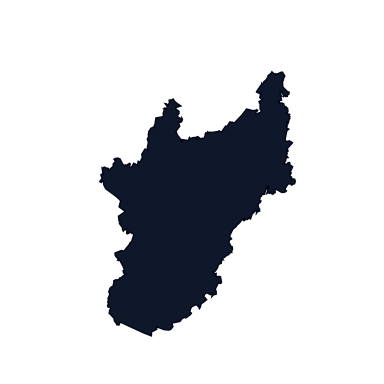 Salfit, West Bank, Palestine, rotated 310°
{"feature_id": "87354302B3498749981476", "entity_name": "Salfit", "entity_type": "district", "adm_level": 2, "iso_a3": "PSE", "parent_name": "Palestine", "parent_adm1": "West Bank", "projection": "orthographic", "projection_center": [35.128, 32.112], "detail": "fine", "context": "isolated", "style": "filled", "palette": "ink", "viewbox_px": 384, "rotation_deg": 310, "n_neighbors": 0, "source": "geoboundaries", "source_scale": "gbopen_adm2", "svg_char_len": 6105}
<svg xmlns="http://www.w3.org/2000/svg" viewBox="0 0 384 384"><g transform="rotate(310 192 192)"><path d="M53.6,198.1L52.7,199.9L50.6,200.4L50.0,201.4L51.0,203.9L50.8,204.4L48.3,205.1L45.7,206.7L45.9,207.7L45.2,213.3L43.5,215.3L42.1,220.2L43.3,221.5L46.2,220.5L53.2,246.1L55.7,253.3L58.8,250.9L64.1,253.2L65.9,251.4L68.8,259.3L71.3,262.9L73.1,264.0L76.6,263.9L78.6,260.8L85.1,265.9L88.9,265.7L91.0,266.8L91.7,268.2L97.1,269.6L98.8,269.4L98.7,267.3L102.0,265.8L103.7,265.5L108.5,267.5L108.3,271.1L107.5,272.6L109.0,272.4L112.6,270.7L113.8,271.4L118.9,272.4L119.6,268.2L120.9,267.6L123.1,267.5L124.4,268.3L125.2,272.1L127.7,272.8L124.8,274.4L127.4,274.6L129.1,276.2L131.0,274.8L132.6,272.2L139.2,270.6L140.4,272.7L141.7,272.7L142.5,271.8L145.3,268.3L144.6,266.9L142.8,265.4L143.3,264.7L142.9,262.8L144.0,263.6L145.1,262.9L144.3,262.3L143.8,259.3L146.1,260.6L147.4,260.6L151.2,260.0L151.7,259.3L153.6,259.1L153.2,258.5L156.1,260.2L159.1,258.4L160.1,259.4L160.2,257.9L163.8,259.1L166.3,259.3L166.9,260.1L171.1,260.4L171.3,261.2L172.2,260.4L174.2,259.8L175.8,258.1L175.4,256.9L177.3,252.4L179.4,251.6L181.4,252.4L181.8,251.0L181.6,250.2L182.7,249.0L189.5,247.2L193.6,247.9L197.2,247.6L197.6,247.6L197.6,248.1L200.0,248.2L204.2,248.1L204.5,248.7L203.6,248.8L203.4,250.1L204.1,250.6L205.7,250.3L206.3,251.9L208.4,252.3L209.0,254.1L215.3,251.6L216.3,251.8L215.7,252.4L218.7,252.5L219.5,253.2L217.2,255.0L219.1,254.8L220.8,256.0L221.0,255.3L222.3,254.9L222.3,253.6L223.3,252.6L223.5,251.5L226.2,250.3L227.3,251.0L229.4,250.6L228.8,249.2L232.8,247.1L233.3,247.9L234.9,247.3L234.8,246.8L235.6,246.9L235.5,247.5L236.3,247.8L236.2,248.5L236.9,248.9L242.0,246.7L242.3,247.2L244.5,246.7L242.8,246.4L244.3,245.8L246.3,247.2L238.9,250.3L240.6,251.0L241.0,252.4L242.2,252.1L241.9,254.7L242.5,255.5L244.2,255.0L244.1,255.7L245.1,256.0L246.9,254.2L247.6,254.3L248.5,256.0L249.3,260.6L250.1,262.0L252.1,263.4L253.5,263.6L253.4,261.9L254.7,261.1L260.3,260.3L260.2,260.8L261.5,262.1L261.4,264.0L263.0,264.3L264.1,265.2L265.4,264.8L266.8,264.0L267.1,263.6L266.8,262.9L267.7,262.4L267.0,261.0L265.7,260.8L266.3,260.3L266.3,258.9L267.3,258.8L267.2,256.4L270.0,255.8L269.6,255.1L270.4,255.0L270.0,254.3L270.9,253.7L272.4,254.0L276.0,252.8L275.8,249.2L277.1,248.3L277.1,247.6L276.2,246.8L274.2,246.8L272.6,243.8L275.8,243.8L277.7,242.5L279.1,242.3L280.1,243.3L280.6,240.9L282.7,240.1L283.2,238.9L285.1,239.2L285.2,237.9L285.8,238.1L286.0,237.3L286.7,237.0L294.2,237.3L294.1,235.1L293.3,233.9L293.6,233.6L291.5,232.2L291.5,230.4L292.2,229.4L299.3,225.5L300.7,225.3L302.3,225.7L301.9,222.9L303.7,222.6L303.5,221.9L304.9,221.2L305.2,221.6L306.6,221.4L306.1,219.2L306.5,219.1L307.3,220.9L307.9,220.8L310.2,219.6L311.2,219.7L311.5,218.9L312.6,218.6L312.9,217.5L314.2,216.9L312.8,214.0L315.1,213.9L317.2,211.9L317.7,209.6L316.5,209.4L317.3,208.2L317.2,207.1L318.5,205.5L317.9,203.6L316.1,202.0L316.6,200.6L317.5,200.4L317.6,200.8L318.3,200.2L319.9,201.5L321.9,198.9L323.1,199.3L323.3,197.1L323.7,197.2L324.0,196.2L325.0,196.4L325.3,195.3L327.2,196.0L327.2,196.6L325.5,197.9L325.1,200.0L324.4,200.6L324.8,200.6L325.3,202.2L326.5,203.5L327.8,202.8L329.4,203.2L330.9,202.1L330.2,200.7L330.8,194.0L334.7,190.4L336.5,190.0L336.3,189.5L340.5,188.5L341.9,184.4L341.2,183.4L335.9,180.9L336.4,180.2L335.3,179.1L335.4,176.0L334.0,176.3L329.9,175.5L329.7,176.0L326.0,176.7L322.4,176.2L320.2,176.8L319.6,176.4L319.7,176.0L319.2,176.5L318.3,176.2L310.8,176.9L310.9,177.4L310.1,177.4L311.3,181.6L308.2,183.0L307.8,184.1L308.2,185.2L307.0,186.2L304.4,185.3L304.1,186.7L303.6,186.5L303.6,187.2L299.8,190.5L299.3,191.0L299.7,191.5L297.6,193.6L292.9,191.0L294.1,189.5L296.6,189.9L296.8,188.8L296.0,188.7L293.5,186.5L290.6,180.5L282.8,180.8L273.1,180.2L271.7,179.6L271.4,178.1L271.0,178.2L270.1,176.0L264.7,176.7L264.1,175.4L257.1,176.1L256.3,174.9L256.3,173.4L255.2,173.2L250.8,169.4L248.8,166.8L247.8,166.9L248.1,165.3L246.8,165.3L246.4,165.8L246.0,164.6L244.1,165.3L243.5,166.1L240.2,166.7L239.9,165.4L237.7,164.7L237.8,163.7L238.9,163.5L238.1,163.3L238.2,160.9L236.8,160.1L236.2,161.9L235.0,161.4L235.8,159.4L233.7,157.3L232.0,157.1L232.1,155.0L229.1,156.2L225.9,151.0L223.8,152.5L223.4,151.6L224.5,150.3L224.9,150.5L226.3,143.9L228.3,140.6L234.5,140.3L236.7,136.6L238.0,138.5L239.2,138.8L241.3,138.1L242.1,136.5L241.3,136.9L240.2,133.2L241.6,131.5L244.0,131.5L244.2,130.8L245.4,130.3L245.1,126.3L245.5,125.8L246.6,125.5L250.7,128.1L250.2,123.2L250.3,120.4L251.1,117.8L249.5,117.3L247.7,115.5L245.8,117.4L243.0,117.8L243.1,115.9L242.4,114.7L241.8,117.7L240.7,118.6L239.6,119.1L238.9,117.2L237.5,116.8L237.7,117.7L233.4,119.6L231.5,121.8L225.5,116.8L220.2,120.1L217.9,120.8L217.4,121.9L216.5,120.6L214.4,119.6L210.1,120.2L209.1,121.3L208.3,121.3L206.6,123.1L203.5,124.0L203.1,125.2L201.6,127.0L197.7,129.0L196.0,131.1L194.7,128.4L188.6,129.3L186.2,132.1L184.5,132.2L184.5,132.8L181.3,132.7L180.9,131.1L177.6,133.0L176.5,128.9L172.5,129.8L171.1,128.4L170.9,127.9L171.8,127.3L173.7,126.8L173.8,125.8L171.1,124.8L170.0,125.1L169.8,123.4L168.5,123.5L168.9,120.6L171.0,115.6L170.3,113.5L168.2,111.6L166.9,111.3L166.5,113.6L162.4,113.8L161.5,115.2L155.1,114.4L156.2,112.8L154.8,110.0L155.0,109.3L153.8,108.3L152.7,108.7L152.6,107.8L148.2,112.6L147.8,111.5L146.5,111.2L144.9,114.3L140.8,114.7L141.0,116.4L142.8,116.6L143.0,117.9L141.0,119.5L139.1,123.7L139.9,137.1L139.5,143.0L133.8,145.7L134.2,152.7L133.8,153.4L126.2,151.3L122.9,154.8L122.8,156.3L121.3,156.5L119.9,162.2L118.7,162.7L117.9,164.5L120.2,164.5L120.6,166.0L121.4,166.1L121.0,167.9L119.7,167.5L118.3,168.6L118.6,169.5L121.4,170.6L122.1,172.1L121.8,172.5L122.2,172.6L122.4,173.8L121.5,175.1L115.2,177.6L113.2,177.2L112.1,177.7L102.9,177.9L101.7,175.5L95.8,172.3L94.2,173.8L93.5,176.0L93.4,179.0L92.0,178.8L92.2,179.7L93.4,180.4L90.7,187.1L88.8,190.4L87.2,189.9L87.2,190.8L86.1,191.4L85.7,193.6L86.1,194.3L84.8,194.1L83.8,193.2L80.6,192.8L79.7,191.9L78.2,192.3L77.2,191.8L75.5,189.9L73.7,189.2L71.7,191.0L70.6,191.1L69.2,192.3L67.3,191.2L65.8,191.1L64.2,191.5L64.0,192.3L62.2,192.2L60.4,195.5L60.0,195.1L56.5,196.1L54.6,198.2L53.6,198.1Z" fill="#0f172a" stroke="#020617" stroke-width="1.5"/></g></svg>